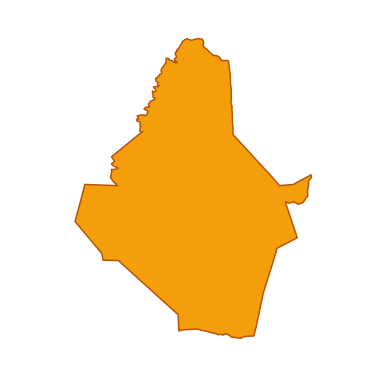 Santiago Ixcuintepec, Oaxaca, Mexico, rotated 261°
{"feature_id": "50627088B58864234392064", "entity_name": "Santiago Ixcuintepec", "entity_type": "district", "adm_level": 2, "iso_a3": "MEX", "parent_name": "Mexico", "parent_adm1": "Oaxaca", "projection": "orthographic", "projection_center": [-95.545, 16.928], "detail": "fine", "context": "isolated", "style": "filled", "palette": "amber", "viewbox_px": 384, "rotation_deg": 261, "n_neighbors": 0, "source": "geoboundaries", "source_scale": "gbopen_adm2", "svg_char_len": 3832}
<svg xmlns="http://www.w3.org/2000/svg" viewBox="0 0 384 384"><g transform="rotate(261 192 192)"><path d="M275.9,150.0L274.0,150.6L272.5,150.5L272.5,148.9L270.6,148.8L270.0,150.7L269.0,151.3L268.1,151.7L267.4,151.5L266.6,151.1L265.8,151.0L265.4,151.6L264.6,151.8L263.8,151.1L263.3,150.6L262.0,150.5L260.5,150.0L259.7,150.7L259.3,152.2L239.5,118.2L239.0,118.1L238.5,118.5L237.6,119.0L236.3,119.4L235.4,120.1L234.7,120.3L234.4,120.1L232.4,116.9L231.7,117.2L230.8,117.9L229.5,119.1L228.6,120.6L228.2,121.8L227.1,122.3L226.6,121.7L226.5,120.1L226.6,117.2L226.8,116.1L225.1,115.9L223.8,115.6L221.6,114.9L220.1,114.0L218.7,113.9L217.6,114.5L216.7,114.9L215.2,115.7L214.0,116.2L213.2,116.9L212.6,117.7L211.8,118.1L210.8,118.6L210.0,119.0L216.2,87.4L197.5,79.2L181.2,71.8L172.8,76.9L171.4,77.7L155.1,87.5L145.6,93.2L138.5,93.6L135.8,108.6L135.7,108.6L109.4,129.8L73.0,159.1L56.9,157.3L57.3,161.2L55.8,175.6L47.7,194.7L46.9,196.0L47.1,197.6L46.0,199.9L46.1,201.1L46.5,201.8L46.8,202.4L46.3,203.6L45.5,205.5L44.1,206.8L43.0,207.7L42.5,208.7L41.6,211.5L40.7,214.7L40.4,216.0L40.0,217.5L40.3,218.7L41.0,220.8L41.0,223.2L40.1,230.4L40.2,230.5L47.8,233.9L80.6,246.4L117.8,264.8L123.1,267.1L130.4,288.8L166.9,282.7L167.6,283.2L166.8,284.4L166.2,285.1L165.9,285.9L166.0,287.1L166.0,288.4L166.0,290.0L166.0,291.2L165.2,292.7L164.3,293.7L163.8,294.2L163.7,294.5L163.4,295.5L163.6,296.2L163.6,297.2L163.9,299.1L164.7,300.7L166.2,302.0L167.6,303.1L168.5,304.3L170.1,305.7L171.9,306.0L173.5,306.1L174.8,306.3L176.6,306.8L177.9,307.1L179.6,307.9L181.2,308.5L182.4,308.4L184.4,308.9L185.5,309.8L186.2,310.8L187.8,312.1L188.7,312.2L190.3,312.1L189.6,310.2L183.6,293.1L184.6,279.4L196.4,272.1L207.1,264.9L242.4,241.4L248.1,242.4L254.0,242.8L254.8,242.9L270.9,244.9L274.1,244.3L276.9,245.3L287.7,246.8L293.5,247.0L294.2,247.1L300.0,248.0L315.8,248.5L316.3,247.8L316.6,245.7L316.8,244.3L317.3,241.8L318.5,240.9L319.7,240.8L320.7,240.2L321.6,239.5L322.2,238.8L322.5,238.1L322.8,237.4L323.1,236.8L323.0,235.9L324.5,233.8L325.5,232.7L326.7,231.8L328.7,230.4L329.7,229.7L331.1,228.6L332.3,227.2L332.9,226.7L333.5,226.2L335.0,226.0L336.3,226.4L337.6,226.8L339.0,226.9L340.4,226.3L341.6,225.7L342.2,223.1L342.5,222.3L342.8,220.6L342.3,219.4L342.2,217.9L341.9,215.5L342.5,213.8L343.5,212.2L344.0,210.9L344.0,210.7L343.9,209.9L343.4,208.5L342.3,206.5L342.1,206.0L341.6,205.9L340.3,205.0L339.2,204.0L338.1,202.9L337.0,202.3L335.7,200.9L335.5,200.4L335.1,200.3L334.8,200.0L334.8,199.5L334.5,199.1L334.1,199.0L333.3,199.0L332.8,198.7L332.9,198.2L332.7,197.9L332.0,197.4L331.4,197.1L330.3,197.1L329.3,197.7L328.3,197.7L327.4,197.5L326.8,196.7L326.1,195.4L325.6,195.4L325.1,195.7L324.4,195.5L324.0,195.6L323.5,197.0L322.8,197.1L322.3,197.4L322.3,196.8L322.3,195.8L322.6,195.0L323.6,193.8L324.5,193.2L325.2,192.3L325.3,191.6L325.6,190.8L326.2,189.9L327.2,190.1L327.7,189.2L327.9,188.5L327.9,188.0L328.1,187.5L327.5,187.4L326.3,187.1L325.4,186.8L323.6,186.2L322.9,185.9L322.4,185.1L321.4,184.3L320.2,183.2L319.9,182.4L319.2,182.0L317.4,180.7L316.7,180.5L315.4,180.6L314.0,180.6L313.2,179.2L313.1,178.3L311.8,177.2L310.3,175.6L310.4,174.6L309.6,173.8L307.9,173.6L306.8,174.1L306.0,175.0L305.3,175.7L304.4,175.0L303.6,174.7L302.9,175.0L302.2,175.9L301.2,174.7L301.7,174.2L301.9,171.8L301.7,170.4L300.4,171.0L299.0,172.0L297.6,172.1L297.0,171.3L297.0,170.0L297.6,169.0L296.6,168.4L295.8,168.7L294.8,168.5L293.5,168.7L292.0,168.4L291.4,168.9L290.4,170.1L289.8,169.7L289.2,168.8L288.6,167.4L288.5,166.5L288.2,165.4L287.2,164.2L286.3,163.2L285.4,162.8L284.5,162.8L283.6,163.2L282.8,163.4L282.7,162.5L282.9,161.4L282.8,160.3L282.9,159.3L281.8,157.8L281.1,158.0L280.1,159.4L279.8,160.5L278.2,160.8L277.1,160.3L275.8,159.9L275.0,158.6L275.1,157.5L275.5,156.3L275.7,155.3L276.1,153.8L276.0,152.9L275.7,151.8L275.9,150.0Z" fill="#f59e0b" stroke="#b45309" stroke-width="1.5"/></g></svg>